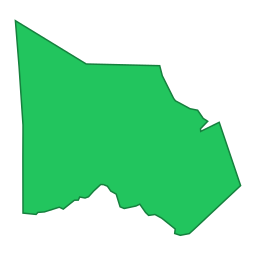 outline of Montgomery, Texas, United States of America
{"feature_id": "52423323B63190785401157", "entity_name": "Montgomery", "entity_type": "district", "adm_level": 2, "iso_a3": "USA", "parent_name": "United States of America", "parent_adm1": "Texas", "projection": "albers", "projection_center": [-95.471, 30.329], "detail": "fine", "context": "isolated", "style": "filled", "palette": "green", "viewbox_px": 256, "rotation_deg": 0, "n_neighbors": 0, "source": "geoboundaries", "source_scale": "gbopen_adm2", "svg_char_len": 719}
<svg xmlns="http://www.w3.org/2000/svg" viewBox="0 0 256 256"><path d="M240.6,185.6L219.2,122.3L200.7,131.4L200.5,128.7L207.7,121.3L203.2,118.4L197.6,110.2L190.0,108.7L175.4,100.8L173.6,98.4L162.3,75.8L159.7,65.7L86.2,64.0L15.4,20.7L19.1,67.0L23.0,124.9L23.0,133.2L22.9,157.7L23.0,213.1L36.1,214.4L37.9,212.4L44.4,211.9L59.3,207.2L63.3,209.1L74.4,200.2L78.3,200.1L79.7,197.0L85.1,198.0L86.7,197.4L88.5,196.8L93.5,191.2L100.7,184.5L103.5,184.6L107.4,186.2L110.8,191.1L116.2,194.1L120.1,206.8L124.2,208.5L136.0,206.0L139.8,204.2L145.6,212.5L148.6,215.4L155.0,214.5L161.6,218.1L175.2,229.0L174.7,233.5L180.3,235.3L189.3,233.6L193.6,229.7L210.2,214.1L240.6,185.6Z" fill="#22c55e" stroke="#15803d" stroke-width="1.5"/></svg>